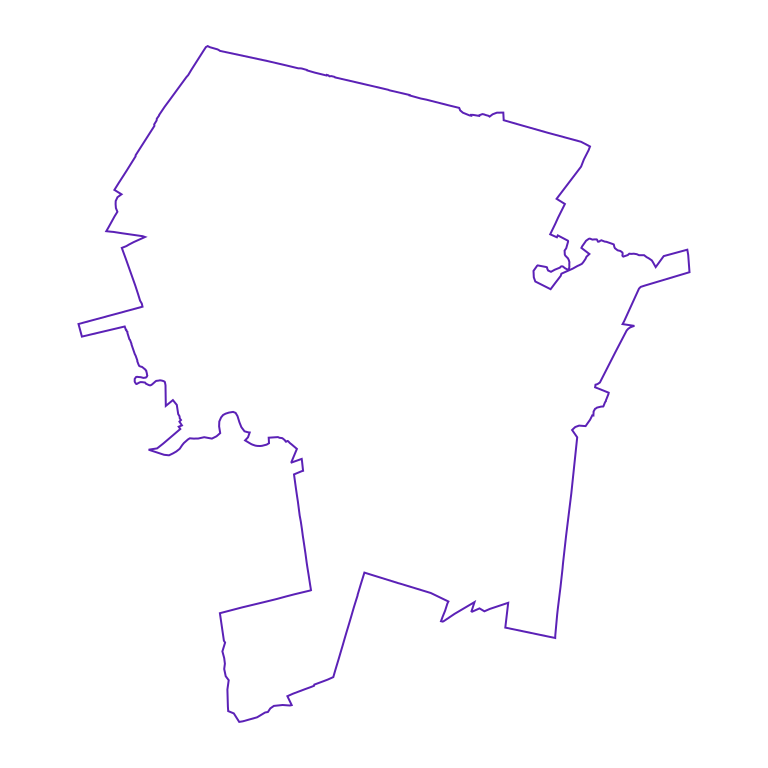 the district of Arad, Arad, Romania
{"feature_id": "2599482B53905982235691", "entity_name": "Arad", "entity_type": "district", "adm_level": 2, "iso_a3": "ROU", "parent_name": "Romania", "parent_adm1": "Arad", "projection": "orthographic", "projection_center": [21.276, 46.161], "detail": "fine", "context": "isolated", "style": "outline", "palette": "violet", "viewbox_px": 768, "rotation_deg": 0, "n_neighbors": 0, "source": "geoboundaries", "source_scale": "gbopen_adm2", "svg_char_len": 6091}
<svg xmlns="http://www.w3.org/2000/svg" viewBox="0 0 768 768"><path d="M291.7,705.1L287.4,696.2L293.0,693.7L305.2,689.1L311.0,687.0L314.0,685.8L314.3,684.6L323.5,681.2L327.7,679.6L333.3,677.1L335.2,670.5L338.7,658.9L340.6,652.4L342.5,646.0L344.4,639.4L346.3,632.9L348.9,624.3L351.2,616.5L352.7,611.3L353.9,607.2L356.1,600.1L357.6,595.4L357.6,594.9L359.1,589.9L360.9,583.9L364.4,572.6L372.7,575.2L380.8,577.7L397.5,582.9L397.7,583.0L400.3,583.7L430.8,593.0L448.4,601.5L447.4,603.5L445.1,610.7L442.7,616.6L441.0,621.2L442.6,621.6L443.5,621.3L454.5,613.9L474.5,602.1L471.5,611.3L472.1,611.7L479.5,608.4L484.4,611.3L489.9,608.9L508.2,602.8L505.3,627.6L555.2,638.0L555.3,635.2L557.2,614.3L557.8,608.9L559.8,592.6L560.5,587.0L562.5,568.9L563.0,563.4L566.1,535.7L571.3,493.5L577.2,437.3L572.1,430.0L572.8,429.3L574.4,427.8L575.3,427.0L579.1,425.6L585.6,426.1L590.1,419.7L592.3,415.3L593.4,415.5L593.6,411.5L593.8,411.1L595.1,408.8L596.1,408.3L597.0,407.6L600.3,406.8L601.1,406.6L603.2,406.5L603.5,406.1L604.8,402.8L605.2,402.0L605.9,401.1L605.9,400.8L605.9,400.3L606.4,399.2L608.5,393.9L608.7,392.7L595.1,387.3L595.5,384.7L597.5,384.1L599.9,382.5L615.5,351.9L626.6,330.6L627.1,330.0L628.2,328.8L630.2,327.4L632.5,326.5L633.1,326.3L634.4,325.9L622.6,324.1L624.1,321.3L639.0,288.6L640.7,286.9L644.7,285.6L689.5,272.2L688.2,254.9L687.3,249.7L663.7,256.1L655.7,267.1L653.0,262.3L651.8,260.4L648.6,258.2L646.7,257.2L644.1,255.2L639.0,255.2L636.8,254.2L633.8,253.7L631.3,253.9L629.3,253.7L627.7,255.1L623.3,256.6L622.7,256.2L622.4,255.5L622.6,254.2L622.6,253.2L622.4,252.5L620.4,251.0L617.6,250.3L614.9,248.2L614.3,246.8L613.8,244.5L612.7,244.0L606.4,241.8L604.7,241.6L601.4,240.3L600.2,240.8L599.4,241.4L598.7,241.7L597.9,241.6L597.1,239.8L596.7,239.4L596.1,239.4L594.3,239.4L592.4,239.6L590.1,238.7L589.2,238.7L588.7,238.9L586.0,240.8L585.0,242.3L582.1,246.4L581.4,247.9L589.4,254.0L586.5,256.7L585.5,258.9L584.5,260.4L583.2,262.3L581.8,263.9L578.4,265.6L577.8,265.8L572.6,268.7L561.4,273.7L560.7,275.9L555.4,282.8L550.6,289.2L535.3,281.5L533.8,277.3L533.6,272.9L533.5,270.9L537.1,265.8L537.7,265.4L546.1,267.0L547.0,267.4L547.3,268.8L548.1,270.5L551.0,271.8L554.8,269.7L560.0,267.6L560.6,266.8L561.0,266.5L561.9,266.3L562.9,266.5L564.0,267.4L565.1,268.3L566.9,269.2L568.2,269.7L568.8,269.5L569.0,269.2L569.1,268.2L569.4,266.3L569.3,265.5L569.3,263.7L569.4,262.1L568.8,260.1L567.9,258.2L567.5,257.9L565.3,255.6L564.8,254.6L564.6,250.6L566.2,248.3L566.4,247.6L568.1,241.6L567.9,240.7L557.8,235.4L556.9,237.3L550.2,234.3L555.2,224.0L558.1,217.6L564.9,204.0L556.6,198.8L581.1,166.6L583.9,159.4L588.6,150.2L590.0,146.5L581.1,141.8L547.5,132.7L517.6,124.2L503.7,120.2L503.3,112.6L502.0,112.6L496.8,112.7L492.6,114.3L489.6,116.6L488.5,115.8L485.9,115.1L484.0,114.4L482.4,114.1L479.2,115.3L479.2,115.9L473.1,114.9L471.1,114.9L471.2,115.7L469.5,115.4L462.9,112.7L460.2,110.4L459.2,107.9L448.9,105.4L430.1,100.6L426.6,99.7L420.7,98.5L409.5,95.4L409.6,95.0L389.4,90.3L388.3,89.8L365.2,84.4L335.0,77.4L334.6,76.9L331.4,76.1L329.4,76.3L328.5,75.4L326.8,74.9L326.6,75.5L324.9,75.1L314.7,72.6L307.1,70.4L307.0,70.0L301.7,68.5L299.8,68.3L298.2,68.3L286.6,65.5L267.7,61.1L220.0,50.9L219.2,50.3L217.6,49.4L212.7,48.0L209.9,47.2L207.6,46.1L205.9,47.1L203.6,50.6L191.3,69.9L188.2,75.1L186.4,77.1L169.0,100.9L164.7,106.7L159.1,115.0L159.1,115.5L156.8,118.7L156.7,120.1L156.3,121.0L154.2,124.4L154.4,125.9L135.6,155.3L135.6,156.3L126.5,170.9L121.6,178.5L118.7,183.0L115.4,188.3L114.4,189.9L121.5,194.3L117.5,197.2L115.7,201.0L115.6,204.2L115.9,208.0L117.4,211.8L114.6,216.3L108.6,227.2L106.3,231.2L110.9,231.7L113.3,231.9L121.7,233.2L142.7,236.2L145.0,237.0L138.8,239.8L133.7,242.1L128.9,244.6L126.4,246.1L121.8,247.9L125.8,258.8L135.3,285.6L138.1,294.2L140.1,300.7L141.1,302.4L141.8,303.6L142.5,306.7L78.5,324.0L81.9,336.6L124.7,326.5L125.9,329.9L126.3,329.9L126.8,331.3L127.4,331.8L127.4,332.9L129.4,339.3L130.0,339.9L131.5,343.9L131.5,344.5L134.8,354.1L135.6,355.6L137.3,360.4L137.3,361.3L138.5,364.5L139.2,365.9L139.9,366.3L141.5,366.8L142.0,366.9L145.5,369.7L145.8,370.5L146.2,370.7L146.9,373.6L147.0,374.7L147.3,375.5L146.8,376.7L146.1,377.2L145.8,377.6L143.4,377.9L140.8,377.2L138.3,377.0L137.0,376.8L136.0,377.1L134.7,379.0L134.7,381.5L135.1,382.5L136.3,384.0L136.9,383.9L138.6,382.9L140.4,382.1L141.8,382.1L143.2,382.3L144.8,382.5L145.3,382.7L145.8,383.6L148.7,385.0L149.7,385.3L150.4,385.3L151.2,385.0L152.1,384.4L155.5,381.4L156.2,380.9L158.6,380.6L160.0,380.3L161.9,380.6L163.5,381.1L164.6,381.7L164.9,382.2L165.5,385.2L165.8,405.9L172.9,400.1L176.8,404.9L178.2,414.1L179.5,416.2L179.8,418.5L181.0,420.0L179.4,421.6L181.9,425.4L178.7,426.7L180.3,429.0L163.2,443.6L157.1,448.4L148.6,449.7L164.1,454.8L169.0,455.3L172.8,453.5L176.3,451.5L179.7,448.8L182.2,445.1L183.9,443.0L188.0,439.4L189.8,438.3L193.5,438.6L198.3,438.5L204.2,437.2L211.9,438.6L216.5,436.3L220.2,433.1L219.1,426.4L219.3,421.5L221.1,417.4L223.1,415.0L225.5,413.7L228.9,412.6L233.1,411.9L235.6,412.9L237.5,416.1L239.5,422.5L241.4,427.2L244.5,431.3L248.1,432.3L249.7,432.5L248.0,437.3L245.1,440.4L250.9,443.9L252.4,444.6L255.3,445.6L257.2,445.9L259.5,446.0L260.2,446.0L262.1,445.8L266.7,444.6L269.0,443.2L268.7,437.7L277.9,437.1L279.6,437.8L281.4,438.0L282.3,438.2L282.9,438.6L284.7,440.1L285.3,440.8L285.5,441.3L285.8,441.7L286.0,441.7L286.4,441.6L287.4,441.0L287.9,441.1L288.1,441.2L288.6,441.7L289.8,443.0L291.6,444.4L296.9,448.9L291.4,462.1L291.6,462.5L301.7,458.9L302.0,461.0L302.9,469.3L303.1,470.8L301.7,471.2L294.0,474.4L295.9,488.2L297.0,495.8L297.9,501.7L299.7,515.6L300.8,521.5L301.9,528.9L302.9,536.5L303.4,539.6L305.5,553.8L306.7,562.8L307.4,567.4L308.6,574.9L310.1,584.6L311.0,590.2L310.2,590.5L294.4,594.3L286.3,596.4L277.1,598.9L273.5,599.8L263.3,602.3L247.1,606.2L242.1,607.4L219.9,613.2L220.0,613.9L223.9,640.7L225.1,642.6L222.4,651.4L224.2,658.1L224.9,663.7L224.2,669.0L225.7,676.2L228.7,680.2L227.4,689.5L227.9,706.7L228.2,711.1L233.8,713.4L239.2,721.9L242.9,721.3L257.1,717.3L265.1,712.5L267.9,712.0L270.3,708.4L273.9,705.9L282.6,705.0L289.7,705.5L291.0,705.3L291.7,705.1Z" fill="none" stroke="#5b21b6" stroke-width="2"/></svg>